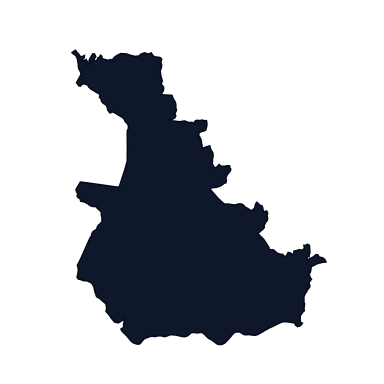 Água Doce, Santa Catarina, Brazil (Robinson projection), rotated 173°
{"feature_id": "56859067B81535062588760", "entity_name": "Água Doce", "entity_type": "district", "adm_level": 2, "iso_a3": "BRA", "parent_name": "Brazil", "parent_adm1": "Santa Catarina", "projection": "robinson", "projection_center": [-51.633, -26.817], "detail": "fine", "context": "isolated", "style": "filled", "palette": "ink", "viewbox_px": 384, "rotation_deg": 173, "n_neighbors": 0, "source": "geoboundaries", "source_scale": "gbopen_adm2", "svg_char_len": 5972}
<svg xmlns="http://www.w3.org/2000/svg" viewBox="0 0 384 384"><g transform="rotate(173 192 192)"><path d="M262.1,47.8L260.9,48.9L259.6,50.2L257.8,51.8L255.9,52.6L252.5,53.4L251.1,53.7L248.6,53.7L246.6,53.0L244.0,53.3L241.2,53.3L238.7,52.4L236.6,51.7L234.4,52.1L232.3,52.7L230.9,53.0L226.2,52.2L223.0,51.1L220.8,50.3L218.8,49.6L216.8,49.3L214.8,49.5L213.1,50.3L211.4,51.5L209.6,52.5L207.2,52.4L205.4,51.8L203.7,51.5L202.0,51.5L200.1,51.7L198.6,50.9L197.1,49.4L195.8,47.7L193.3,44.6L191.4,43.4L190.0,42.4L188.8,41.2L187.2,39.7L185.6,38.1L182.8,37.1L180.6,37.1L177.9,38.1L176.0,39.6L174.3,41.0L171.1,43.8L169.4,45.5L167.9,46.7L166.2,47.7L163.9,47.6L161.4,47.2L159.8,45.8L158.1,44.3L155.9,43.7L153.5,43.6L151.7,43.3L149.9,42.7L147.5,42.2L145.8,42.2L144.2,42.5L142.4,43.2L140.3,44.1L138.3,44.9L136.5,45.8L134.1,46.7L132.1,47.6L127.8,48.9L125.3,49.8L122.2,50.9L120.3,51.5L118.2,52.1L115.7,52.0L113.3,51.5L110.7,50.9L108.7,50.3L106.2,49.6L105.4,47.2L103.6,45.5L100.8,46.0L98.4,48.3L100.0,49.3L100.3,51.4L100.0,53.6L99.6,56.1L98.0,57.7L97.0,59.0L95.0,60.5L95.0,63.2L94.3,65.5L93.9,67.3L94.4,69.7L93.9,71.8L93.9,73.9L92.9,75.7L91.8,77.8L90.4,78.8L89.7,80.5L87.9,82.1L86.4,84.1L86.7,86.1L87.0,88.0L85.5,89.3L84.0,90.9L85.3,92.7L85.3,94.6L86.4,96.0L84.6,97.5L83.5,100.2L83.1,102.5L82.0,103.8L80.1,104.2L78.0,105.1L76.0,105.7L74.3,106.0L72.8,106.0L71.2,106.3L69.3,106.2L67.5,106.2L68.5,109.0L70.5,110.9L72.7,111.5L74.1,112.3L74.6,114.1L76.5,114.7L78.4,113.5L80.3,112.4L82.2,111.9L83.9,111.3L85.4,109.7L85.7,111.5L85.8,113.7L83.6,113.6L83.4,115.5L82.5,116.8L82.2,118.7L82.1,121.2L82.0,124.8L83.7,126.1L85.8,125.1L87.5,125.4L87.1,123.2L88.6,121.0L91.1,121.1L93.2,121.7L94.9,121.1L96.8,121.1L98.2,120.7L98.2,118.6L100.3,117.8L101.6,119.5L103.9,120.3L105.5,118.0L106.9,116.3L108.5,117.3L109.6,119.0L112.0,119.5L113.6,120.2L115.0,121.0L116.7,123.1L118.7,124.9L120.8,124.9L122.4,125.9L122.6,128.0L123.8,130.5L125.2,133.4L126.7,136.4L132.1,143.2L130.0,143.8L128.6,144.9L126.5,146.1L124.6,147.9L124.5,150.0L122.7,152.8L120.5,154.9L120.1,157.5L120.6,159.3L119.7,160.7L119.6,162.9L120.6,164.2L122.8,163.1L123.7,165.5L123.7,167.4L124.2,169.8L126.3,170.6L127.5,172.3L128.8,173.9L130.3,172.4L131.0,170.5L131.6,168.7L133.1,167.4L134.8,166.2L136.7,167.1L138.7,168.9L140.0,169.8L141.5,171.0L142.6,172.8L143.9,173.8L145.4,174.3L147.5,174.5L150.0,173.9L152.5,174.2L155.1,174.9L157.5,175.7L159.7,175.7L161.5,176.3L162.7,177.6L164.1,179.1L167.5,183.3L174.0,193.1L171.7,193.8L169.4,193.7L167.4,193.7L164.7,194.1L162.4,194.8L160.6,195.7L159.3,196.7L157.3,197.0L156.4,199.3L156.7,201.2L156.0,203.0L155.0,204.8L151.5,208.2L150.7,209.8L151.6,211.8L151.6,213.5L154.4,213.8L156.7,213.5L160.0,214.1L161.8,216.0L163.9,214.0L166.1,213.0L167.6,215.1L168.5,217.6L167.9,219.8L167.7,222.2L167.0,223.9L166.5,226.3L166.7,228.8L167.7,230.6L168.5,233.1L168.7,235.7L176.9,234.1L176.3,236.6L176.6,239.5L176.6,242.1L177.4,245.2L178.5,247.3L177.9,249.7L176.2,250.7L174.2,250.9L172.6,251.2L171.0,251.6L170.1,253.5L169.1,256.4L168.8,259.1L169.0,261.1L171.2,261.3L173.1,262.2L175.4,261.9L177.9,262.5L179.5,262.4L180.8,261.5L181.5,259.5L182.6,260.7L184.7,261.3L187.0,261.3L188.4,262.2L190.6,263.4L192.6,263.4L194.3,263.2L196.1,263.4L197.9,263.8L199.4,264.1L201.1,264.7L203.0,264.8L205.3,266.2L202.6,266.6L200.3,267.5L198.8,269.5L199.5,271.8L198.5,273.3L197.4,275.2L197.8,277.3L197.6,279.3L197.4,281.3L197.9,284.0L199.0,286.2L199.7,288.4L200.1,290.4L211.2,292.3L209.3,294.4L208.2,296.0L207.6,297.6L207.5,299.8L208.8,301.8L209.4,303.6L208.0,305.4L208.3,308.1L208.8,311.0L208.8,313.6L208.9,315.7L208.0,317.7L207.2,319.5L206.6,321.5L207.0,323.6L206.8,326.0L205.9,327.3L206.8,329.1L208.5,329.7L210.7,330.3L212.5,330.6L214.0,332.0L215.5,335.0L217.2,334.5L218.7,334.2L220.2,335.0L222.2,335.9L224.2,335.4L225.8,335.1L228.0,333.5L230.3,333.5L232.0,333.5L233.5,334.1L235.3,334.8L237.7,335.7L240.0,337.0L242.0,337.3L243.7,337.6L245.6,338.1L247.5,337.5L249.0,337.0L250.8,336.2L252.6,335.1L253.9,333.9L255.2,332.6L256.8,333.5L259.0,332.7L261.2,333.8L263.3,334.5L265.0,335.3L264.9,337.8L266.3,338.9L267.3,337.0L269.0,336.7L270.2,334.4L271.8,333.9L273.3,334.1L272.6,336.3L271.0,338.1L272.0,341.0L273.7,341.2L274.9,339.7L277.4,336.3L278.3,334.6L277.5,331.8L279.2,332.2L280.1,334.2L280.9,336.4L283.2,335.7L285.3,335.4L284.2,337.3L282.5,338.5L282.1,340.6L284.2,339.9L286.4,339.9L287.4,342.2L289.2,344.7L290.4,346.9L292.4,345.9L294.1,345.0L292.7,343.2L290.9,341.9L290.1,340.0L289.5,338.2L289.5,336.0L289.2,332.6L289.6,330.1L289.2,327.9L288.1,325.2L287.7,322.3L293.3,314.6L292.3,312.9L291.4,311.1L289.7,310.7L288.0,312.4L285.9,312.5L284.1,311.8L282.5,310.8L281.6,308.7L279.8,306.6L277.9,305.0L276.1,303.8L274.7,302.4L272.9,301.4L271.5,299.9L272.3,297.3L270.8,295.2L270.8,293.2L269.6,291.2L267.5,289.5L266.0,287.6L265.8,285.9L265.6,283.6L264.8,282.1L263.7,280.4L261.0,281.2L258.8,279.9L256.6,278.1L254.4,276.4L252.1,274.6L250.4,272.5L249.7,270.1L248.1,268.1L247.2,266.4L247.1,264.5L247.5,262.5L248.6,261.0L249.0,259.1L250.9,242.7L251.5,238.3L252.5,230.6L255.7,222.8L263.2,206.8L264.6,205.7L294.7,213.8L301.6,215.5L303.4,213.0L304.5,211.8L305.7,210.1L306.9,208.3L306.4,205.8L305.3,204.3L306.3,203.0L306.3,201.0L304.0,199.0L303.5,196.4L302.0,195.9L300.4,195.5L298.6,194.2L296.6,192.8L295.2,191.3L293.5,190.2L291.3,189.5L289.3,189.4L287.8,187.2L286.2,185.4L284.5,183.3L284.8,180.1L284.5,177.3L284.9,173.6L286.8,171.9L289.1,170.3L290.3,168.7L291.2,166.5L293.5,165.6L295.3,164.5L296.7,162.5L296.9,160.8L298.2,159.6L299.2,158.3L310.6,139.2L314.7,133.2L314.3,130.6L314.3,128.2L315.3,124.5L316.5,121.4L315.4,119.4L312.5,118.4L310.6,117.2L307.4,116.8L303.8,114.7L302.3,113.2L301.0,110.1L300.4,104.2L299.4,99.7L296.0,97.1L293.8,94.4L291.0,91.4L290.9,87.1L291.9,84.0L289.2,80.1L287.9,77.4L286.9,75.7L284.6,72.3L281.0,71.1L278.4,72.3L275.2,73.7L275.1,71.4L276.1,68.9L276.3,65.9L279.2,64.6L278.6,62.8L277.1,60.7L275.3,58.5L273.9,56.6L272.6,54.6L270.8,51.7L268.7,49.5L266.0,48.1L263.8,47.4L262.1,47.8Z" fill="#0f172a" stroke="#020617" stroke-width="1.5"/></g></svg>